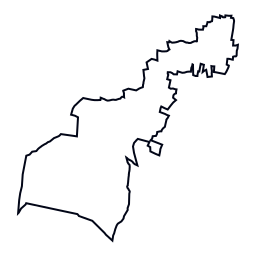 Tekom, Yucatán, Mexico
{"feature_id": "50627088B49357415641564", "entity_name": "Tekom", "entity_type": "district", "adm_level": 2, "iso_a3": "MEX", "parent_name": "Mexico", "parent_adm1": "Yucatán", "projection": "natural_earth1", "projection_center": [-88.348, 20.501], "detail": "fine", "context": "isolated", "style": "outline", "palette": "ink", "viewbox_px": 256, "rotation_deg": 0, "n_neighbors": 0, "source": "geoboundaries", "source_scale": "gbopen_adm2", "svg_char_len": 5765}
<svg xmlns="http://www.w3.org/2000/svg" viewBox="0 0 256 256"><path d="M231.4,15.7L229.0,15.8L225.4,15.4L225.2,17.2L224.4,17.3L223.5,17.3L222.4,17.1L222.4,16.8L222.4,16.5L220.0,15.5L220.0,18.0L214.5,16.6L212.4,16.4L212.2,20.1L212.0,21.2L210.1,21.8L209.9,22.2L207.5,22.1L207.2,23.5L206.9,24.4L206.3,26.2L203.3,26.2L203.4,27.7L203.1,28.8L202.9,29.7L198.8,29.6L196.9,29.1L196.1,29.0L196.1,29.6L196.1,30.3L196.1,31.3L196.3,31.7L196.5,32.2L196.7,32.6L196.7,33.0L196.8,33.6L196.8,34.3L196.8,34.8L196.8,35.1L196.8,35.7L196.9,36.4L197.0,36.8L197.2,37.6L196.9,41.3L196.5,41.4L195.9,41.2L195.5,41.2L195.2,41.2L194.2,41.3L193.9,41.4L193.7,41.6L193.4,41.7L192.9,41.9L192.4,42.0L191.9,42.4L191.5,42.5L191.2,42.7L190.9,42.9L189.2,43.0L188.9,43.0L188.6,42.9L188.4,42.9L187.7,42.6L187.3,42.6L187.0,42.6L186.6,42.5L186.3,42.6L185.5,42.3L185.3,42.2L185.0,42.1L184.6,41.8L184.2,41.7L183.8,41.4L183.4,41.2L183.2,41.1L180.9,40.8L180.4,40.9L179.9,41.0L179.5,41.1L179.2,41.2L178.6,41.4L178.2,41.6L177.8,41.8L176.8,42.0L176.3,42.2L176.1,42.2L175.7,42.3L175.0,42.4L174.5,42.5L173.7,42.5L172.8,42.7L172.7,42.7L172.2,42.6L171.9,42.6L171.5,42.4L171.0,42.2L170.9,42.1L170.3,41.6L170.0,41.5L169.4,41.3L169.3,41.2L169.2,41.5L169.0,42.3L167.3,42.2L168.0,45.6L168.4,47.3L169.4,49.4L169.1,49.5L168.8,49.7L168.6,50.1L168.4,50.2L168.0,50.3L167.8,50.7L167.4,51.0L167.0,51.1L166.7,51.2L166.3,51.3L165.7,51.3L165.3,51.3L164.8,51.4L164.5,51.4L164.3,51.4L161.9,51.4L157.4,50.3L157.2,54.0L157.4,60.6L154.6,59.6L151.6,58.9L146.6,62.4L148.0,69.0L143.4,69.9L143.9,74.5L144.0,75.8L144.3,77.5L144.4,78.5L144.2,79.3L143.5,82.2L143.4,83.6L143.0,84.9L143.0,85.9L142.8,87.2L141.5,87.6L139.3,88.5L136.2,90.4L128.4,88.7L123.2,90.7L123.2,90.9L123.4,91.5L123.8,92.5L123.9,93.0L124.0,93.7L123.9,94.0L123.9,94.4L124.0,94.8L124.0,95.5L124.0,95.9L124.0,96.5L124.1,97.3L123.9,97.2L123.6,97.0L123.4,96.9L123.0,96.9L122.8,96.8L122.2,96.7L121.7,97.1L121.3,97.4L120.9,97.8L120.6,98.2L120.4,98.6L119.9,98.7L119.6,98.8L118.8,98.9L118.2,99.1L117.7,99.3L116.7,99.6L116.0,99.9L115.9,99.9L115.5,99.9L114.3,99.8L113.6,99.7L112.8,99.7L112.1,99.8L111.4,99.9L110.8,100.1L109.4,100.4L109.0,100.5L108.7,100.5L108.2,100.5L107.4,100.6L106.9,100.4L106.6,100.3L105.6,99.9L104.5,99.2L103.7,98.9L103.3,98.8L102.8,98.6L102.3,98.4L101.8,98.1L101.3,97.9L100.7,97.7L100.6,99.3L100.4,100.0L100.2,100.0L98.2,100.1L97.0,100.1L96.9,100.1L94.3,100.1L91.7,99.8L83.5,98.1L83.2,98.0L79.9,100.8L76.7,103.9L75.9,104.7L74.7,105.7L74.2,106.4L72.8,108.7L72.1,111.2L71.8,112.2L71.1,114.7L74.9,115.7L78.0,117.3L76.9,136.4L74.4,136.0L60.9,134.1L59.3,135.8L58.0,136.5L54.0,138.1L50.0,141.4L48.7,141.9L48.0,142.1L45.9,143.7L44.7,144.2L41.6,146.1L40.8,146.8L39.5,147.7L38.1,148.9L36.4,151.0L35.7,151.2L34.8,151.3L32.2,151.7L29.6,154.6L26.3,155.7L22.7,174.4L21.9,186.3L20.2,193.2L19.2,200.0L18.1,213.3L18.7,212.7L21.1,208.5L25.6,204.5L26.2,203.2L58.5,210.1L77.4,214.1L78.3,215.1L78.9,216.0L92.3,220.8L104.6,233.0L105.9,234.7L112.4,240.6L113.2,235.4L114.1,233.5L115.3,229.1L116.7,225.4L117.8,223.7L119.8,222.4L121.4,221.4L123.5,218.6L124.0,216.2L127.7,210.0L127.6,208.1L129.0,204.2L129.3,193.6L129.6,192.3L129.7,191.8L129.7,191.4L129.6,191.1L129.2,190.4L128.8,189.9L128.4,189.1L128.2,188.6L127.7,188.2L127.5,187.7L127.4,187.4L127.2,186.9L127.2,186.6L127.2,186.3L127.5,185.8L127.8,185.4L127.8,184.6L127.9,183.8L128.1,182.5L128.1,181.9L128.2,181.5L128.2,180.9L128.3,179.9L128.4,179.3L128.4,178.7L128.5,177.8L128.6,176.8L128.8,175.8L128.8,175.3L128.9,174.5L128.8,174.2L128.9,173.9L129.0,173.1L129.0,172.9L129.1,172.3L129.2,171.8L129.4,171.1L129.4,170.6L129.5,170.2L129.6,169.2L129.6,168.7L129.6,168.4L129.6,168.0L129.7,167.8L129.7,167.2L129.7,166.3L129.5,164.8L129.1,164.4L128.4,163.7L128.1,163.2L127.9,162.7L127.5,162.1L127.5,161.9L127.4,161.6L127.2,160.6L127.0,160.0L126.9,159.5L126.8,159.2L126.7,158.7L126.6,158.4L126.4,157.6L127.1,158.1L127.8,158.9L128.4,159.3L129.0,159.6L129.6,160.0L130.4,160.3L130.9,160.6L131.8,161.2L132.3,161.6L132.8,162.1L132.9,162.3L133.1,162.6L133.3,162.9L134.1,163.6L134.4,163.9L134.8,164.2L135.5,164.5L136.2,164.8L136.8,165.1L137.4,165.4L134.0,152.8L133.0,146.5L134.0,143.1L134.6,142.3L135.9,140.9L136.4,140.2L136.9,139.8L137.4,139.3L137.8,138.9L149.4,142.0L147.7,145.7L150.2,147.1L150.4,151.4L155.2,153.7L156.8,154.4L159.3,155.4L160.1,151.4L160.4,149.0L162.2,144.7L150.7,140.2L152.1,138.7L152.7,136.2L156.0,135.9L157.0,133.9L157.2,132.0L160.2,131.3L161.4,131.3L161.8,130.0L163.0,128.4L164.9,126.8L165.5,124.0L166.4,120.1L166.4,119.6L167.6,118.1L168.9,115.7L166.8,114.9L164.9,113.9L159.8,112.0L160.6,108.1L161.3,106.5L164.9,108.3L167.7,109.5L170.9,105.3L173.2,102.5L176.0,100.1L173.1,97.7L173.3,96.0L173.5,95.2L174.1,94.4L175.0,93.7L176.0,93.4L176.1,91.4L176.5,89.4L175.1,89.2L173.0,88.5L170.7,88.7L168.9,87.6L170.5,80.2L167.2,79.2L167.8,76.6L168.3,74.9L167.7,73.7L167.8,72.2L170.6,72.3L172.4,73.2L173.6,74.3L177.0,74.4L177.6,71.3L179.4,71.9L182.3,72.8L184.5,72.6L187.0,71.8L189.2,71.6L190.9,71.7L191.3,67.9L192.1,66.2L192.5,64.4L193.0,64.7L193.0,66.1L193.2,75.1L195.6,76.0L197.4,76.0L197.5,74.7L198.2,71.3L199.3,71.5L200.7,63.8L201.7,64.1L202.0,64.4L202.5,64.3L203.0,64.6L203.9,64.8L202.7,72.0L203.7,71.2L205.1,70.3L206.2,69.8L207.1,74.5L207.5,77.0L211.9,76.5L211.8,74.4L211.7,73.2L211.9,71.0L211.5,67.7L211.4,66.1L212.4,66.3L214.3,66.4L213.9,72.0L215.9,72.3L219.9,73.1L224.8,74.1L225.4,73.2L226.4,71.6L227.6,69.1L228.1,68.0L228.5,67.2L228.7,66.4L228.8,65.6L226.7,64.6L227.4,58.8L228.5,58.8L229.3,58.9L230.7,59.2L232.1,59.6L232.8,59.7L233.1,56.7L234.6,56.3L235.8,56.4L236.3,56.0L236.6,55.4L236.8,50.7L237.5,48.7L237.9,44.8L235.8,45.5L233.1,45.5L233.3,42.8L233.5,40.1L231.3,39.9L233.0,30.1L233.3,28.0L233.6,24.6L234.1,21.1L234.0,20.3L233.8,19.6L233.3,18.1L231.0,17.8L231.2,16.7L231.4,15.7Z" fill="none" stroke="#020617" stroke-width="2"/></svg>